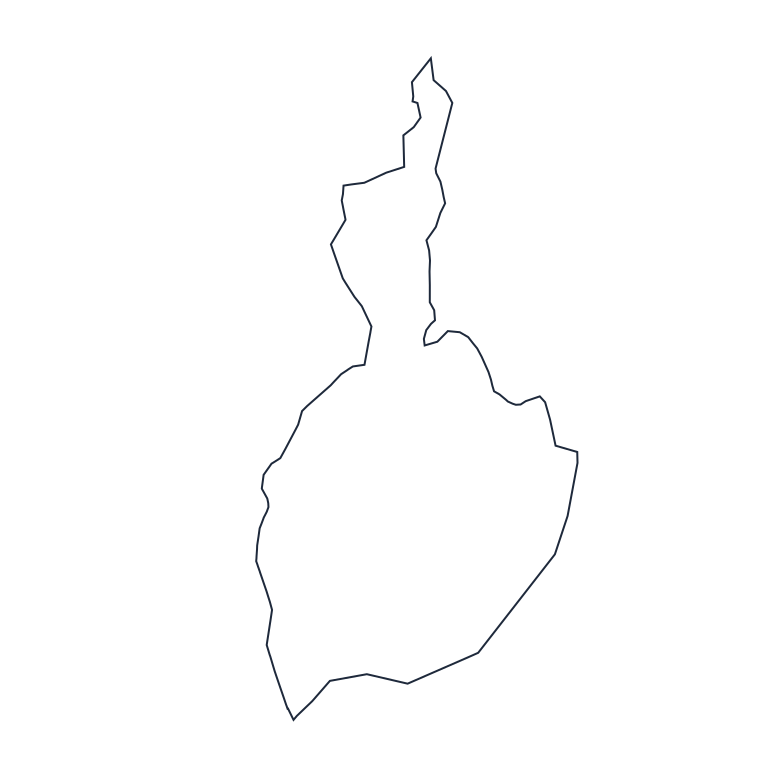 the district of Tendalti, White Nile, Sudan, rotated 347°
{"feature_id": "16777658B96741566185688", "entity_name": "Tendalti", "entity_type": "district", "adm_level": 2, "iso_a3": "SDN", "parent_name": "Sudan", "parent_adm1": "White Nile", "projection": "natural_earth1", "projection_center": [31.956, 13.119], "detail": "fine", "context": "isolated", "style": "outline", "palette": "slate", "viewbox_px": 768, "rotation_deg": 347, "n_neighbors": 0, "source": "geoboundaries", "source_scale": "gbopen_adm2", "svg_char_len": 2334}
<svg xmlns="http://www.w3.org/2000/svg" viewBox="0 0 768 768"><g transform="rotate(347 384 384)"><path d="M217.5,678.9L220.3,690.9L224.4,687.8L242.7,676.9L264.5,661.1L302.0,662.9L339.6,681.3L407.1,668.7L415.3,667.1L512.2,588.4L533.2,553.9L554.8,504.4L557.0,493.7L537.3,482.7L537.8,456.1L536.9,438.0L533.0,431.1L518.2,432.6L512.5,434.7L507.8,433.9L505.0,432.2L500.7,428.9L499.6,427.2L494.2,420.1L489.6,415.9L489.2,410.0L489.2,403.8L488.5,395.8L485.3,379.5L482.8,370.3L479.9,364.4L476.6,357.3L469.5,350.6L458.1,346.8L445.5,354.8L432.3,355.6L433.0,349.0L437.3,341.0L443.4,335.9L448.0,333.4L449.5,323.4L447.0,314.7L450.9,297.9L453.7,284.5L456.6,274.0L458.0,264.0L457.7,253.5L463.8,248.1L469.9,242.6L477.4,230.0L484.2,221.7L484.2,215.4L484.5,207.9L484.5,199.5L482.3,190.4L482.7,185.7L513.8,125.5L510.3,112.5L500.7,99.1L502.9,77.2L491.5,86.3L479.1,96.2L477.2,110.4L475.4,115.1L479.8,117.7L479.6,132.6L470.8,140.4L458.8,146.1L452.5,177.0L433.7,178.6L410.1,183.5L397.0,182.2L389.2,181.6L388.0,185.6L386.7,189.8L385.1,193.4L384.5,194.8L384.4,194.9L384.1,195.7L383.9,201.9L383.8,204.2L383.6,210.5L383.5,214.3L383.4,215.4L383.3,215.5L379.7,219.3L366.9,232.7L363.7,236.0L364.7,245.5L367.5,270.9L367.6,271.8L369.1,276.3L374.8,292.4L377.6,298.3L379.9,303.2L381.4,310.1L384.5,324.3L384.7,325.1L382.6,330.0L382.3,330.8L378.6,339.2L369.3,360.9L357.6,359.9L352.5,361.7L351.1,362.3L344.4,364.8L334.8,371.2L331.9,373.2L304.1,388.2L298.3,391.8L298.1,391.9L291.2,404.3L287.2,409.0L277.0,420.8L273.1,425.3L266.3,432.9L258.1,435.8L256.5,436.3L246.3,445.4L241.7,457.6L241.4,458.5L244.1,467.9L244.4,468.9L244.5,469.4L244.5,470.6L244.4,474.1L244.3,474.7L244.0,476.4L243.8,477.5L243.7,478.0L242.0,480.6L241.1,482.0L238.6,485.0L237.9,485.8L236.7,487.2L236.3,487.9L232.9,493.0L230.4,496.6L227.5,504.2L224.1,512.8L223.1,516.5L221.2,522.7L220.8,524.1L220.5,525.2L219.6,527.9L219.7,528.5L219.7,528.8L220.0,531.2L220.2,533.7L220.4,535.1L220.5,536.3L220.7,538.0L220.8,538.6L220.8,539.3L222.2,552.8L222.9,559.4L223.0,560.6L223.3,564.7L223.8,570.8L224.1,578.9L219.9,589.6L219.2,591.3L218.5,593.1L211.0,611.9L211.7,622.3L211.9,623.8L212.6,634.9L212.9,639.5L213.1,641.4L213.4,644.5L214.6,656.2L215.6,665.6L216.5,674.6L216.6,675.3L216.8,676.7L216.8,676.9L216.8,677.4L216.9,677.7L217.0,678.8L217.5,678.8L217.5,678.9Z" fill="none" stroke="#1e293b" stroke-width="2"/></g></svg>